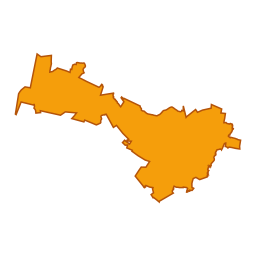 outline of Jocotitlán, México, Mexico
{"feature_id": "50627088B17395030274981", "entity_name": "Jocotitlán", "entity_type": "district", "adm_level": 2, "iso_a3": "MEX", "parent_name": "Mexico", "parent_adm1": "México", "projection": "robinson", "projection_center": [-99.823, 19.716], "detail": "fine", "context": "isolated", "style": "filled", "palette": "amber", "viewbox_px": 256, "rotation_deg": 0, "n_neighbors": 0, "source": "geoboundaries", "source_scale": "gbopen_adm2", "svg_char_len": 5744}
<svg xmlns="http://www.w3.org/2000/svg" viewBox="0 0 256 256"><path d="M51.4,55.4L41.0,56.7L40.6,56.5L37.1,54.0L30.3,87.8L25.0,86.9L21.3,89.9L19.6,92.1L18.6,93.8L18.0,97.8L15.4,114.1L16.1,114.6L21.1,102.0L33.8,105.1L34.1,103.9L34.5,106.3L34.0,108.2L35.2,109.5L35.6,110.7L35.9,113.1L40.6,112.6L40.3,110.7L60.5,115.2L65.3,111.9L76.5,112.9L74.4,115.7L71.8,118.6L83.9,121.9L84.7,120.1L91.1,122.7L96.3,124.9L97.4,124.5L100.4,123.1L100.8,122.4L100.7,121.1L100.9,120.1L101.4,119.3L101.6,118.9L101.5,118.3L101.3,117.7L100.9,117.0L100.9,116.6L101.0,116.2L101.2,115.9L101.7,115.4L102.0,115.3L103.5,114.9L104.6,114.9L104.9,114.9L105.0,114.4L106.2,114.2L113.4,127.4L116.5,125.4L122.9,133.4L128.7,139.2L127.0,140.2L127.8,141.0L131.3,141.2L129.6,144.0L126.1,141.5L124.6,140.2L122.5,142.6L122.9,143.0L125.2,145.2L127.6,145.0L126.8,147.9L132.3,150.3L131.9,151.2L137.9,155.6L145.1,160.0L149.6,161.5L145.9,167.2L141.2,167.1L138.7,170.7L135.2,176.1L142.9,185.7L144.1,187.5L144.4,187.7L144.7,187.6L145.0,186.3L145.6,186.7L146.0,185.5L149.7,187.1L153.0,187.6L152.9,188.1L152.5,188.7L153.5,192.8L151.1,194.6L153.1,197.8L153.6,197.5L156.7,199.9L159.2,202.0L159.3,201.3L159.9,200.9L173.3,193.1L172.3,192.0L172.4,190.6L172.7,190.1L173.5,189.6L173.2,188.8L173.7,188.3L173.5,187.4L174.0,186.5L174.1,186.2L176.2,187.2L178.1,187.3L179.4,187.6L183.2,187.6L183.3,187.1L186.5,187.5L187.6,188.4L186.7,191.2L186.9,191.3L186.7,192.1L187.4,192.0L187.3,191.8L187.2,191.4L187.6,191.6L187.8,191.3L187.9,191.2L188.4,191.2L188.5,190.7L188.9,190.5L188.8,191.2L189.7,191.2L189.8,191.1L189.5,190.5L189.6,190.3L190.4,190.3L191.6,190.4L192.1,190.4L193.8,188.4L193.7,188.2L192.0,187.6L191.9,185.3L191.9,184.1L191.8,183.9L192.0,183.0L192.2,182.0L192.6,180.6L192.7,180.3L193.2,178.6L193.3,178.5L195.9,177.4L199.7,179.6L207.0,177.0L207.2,176.9L207.2,176.6L207.7,176.3L207.8,176.1L207.6,175.8L207.3,175.6L207.4,175.4L207.4,175.1L207.5,175.0L207.8,175.0L207.7,174.6L207.6,174.1L207.9,174.2L207.7,173.9L207.6,173.7L207.8,173.5L207.4,173.4L207.4,173.1L207.9,172.8L208.1,172.3L207.8,172.1L208.1,171.8L208.1,171.4L208.4,171.1L208.3,170.9L208.2,170.7L208.3,170.5L208.6,170.4L208.4,170.2L208.1,170.1L208.0,169.7L207.7,169.6L207.7,169.2L208.0,168.3L208.2,168.2L208.2,167.9L208.4,167.8L208.4,167.7L208.7,167.6L208.8,167.4L208.7,167.0L209.0,167.3L209.3,166.9L209.1,166.6L209.1,166.2L209.4,166.2L209.3,165.6L209.7,165.8L210.1,166.0L210.3,166.1L210.6,166.7L210.8,166.0L211.1,165.6L211.2,165.3L211.0,164.3L211.2,163.7L213.7,160.9L214.2,160.1L214.3,159.8L214.3,159.0L214.2,158.4L214.0,158.1L213.9,157.8L213.9,157.2L214.5,155.9L214.8,155.8L215.1,155.2L215.3,154.9L215.5,154.7L215.7,155.0L215.9,154.8L215.6,154.3L215.7,153.8L215.4,153.6L215.4,153.1L215.7,153.1L215.6,152.7L215.9,151.8L215.9,151.6L216.1,151.5L216.4,150.8L216.6,150.7L216.7,150.3L216.9,150.1L216.9,149.9L217.2,149.7L218.8,149.5L220.0,149.0L220.3,149.2L220.6,149.1L221.3,149.5L221.5,149.9L222.4,148.3L224.3,143.7L225.1,143.2L225.6,143.0L225.8,143.0L225.7,144.1L225.4,146.3L225.3,146.5L226.3,146.7L226.7,146.9L227.3,147.5L227.9,148.0L229.1,147.1L231.7,147.5L235.7,148.4L239.0,148.9L239.8,149.0L239.6,146.2L240.6,140.2L237.8,139.6L237.4,139.3L237.2,139.3L236.9,139.0L235.7,138.7L235.2,138.4L233.8,138.1L232.7,137.8L230.2,137.2L230.2,137.6L229.9,137.5L229.9,137.2L229.1,136.9L228.9,136.6L228.4,136.3L228.4,135.9L228.6,135.5L229.0,135.2L229.8,135.0L229.8,134.9L229.6,134.7L230.0,134.6L230.1,133.9L230.3,133.4L230.7,133.2L231.2,132.7L231.3,132.1L231.6,131.8L231.9,131.7L232.0,130.9L232.2,130.6L232.3,129.8L232.5,129.6L232.7,129.2L232.9,129.1L233.1,129.2L233.3,128.6L233.0,128.5L232.8,128.2L232.6,128.3L232.5,128.6L232.3,128.6L232.2,128.2L232.3,127.2L232.5,126.7L232.4,126.5L232.7,125.8L232.6,125.7L232.3,125.6L232.1,125.2L232.4,124.5L232.3,124.4L232.0,124.4L231.8,123.9L231.4,124.0L231.0,123.9L230.7,123.6L230.3,123.5L230.0,123.6L229.4,124.1L228.1,123.7L226.7,123.4L226.0,122.5L224.6,122.7L223.9,122.7L224.1,120.9L224.6,118.8L225.4,113.5L220.9,113.0L221.7,109.0L211.4,104.5L211.1,108.2L202.5,110.1L197.5,112.3L195.6,109.5L186.4,116.9L186.1,117.3L183.3,105.9L183.2,110.8L181.8,110.4L181.5,111.2L181.0,111.6L180.5,111.7L180.2,111.7L178.6,111.3L177.8,111.1L176.9,110.3L175.2,109.2L173.5,107.9L172.0,107.0L171.6,107.0L170.8,107.2L169.6,107.7L166.8,109.6L165.4,110.2L164.0,110.4L163.4,110.7L162.4,111.5L162.1,112.2L161.6,112.6L161.4,112.9L160.7,113.5L160.3,114.0L159.6,114.5L157.7,115.4L157.0,115.8L156.5,115.8L154.8,115.4L154.1,115.3L153.6,115.2L152.8,114.8L151.7,114.7L149.3,114.2L148.1,114.0L147.5,113.7L146.7,113.4L144.3,111.3L143.8,111.0L142.8,111.0L142.1,110.7L141.4,110.2L141.4,108.8L141.4,108.7L141.2,108.3L140.8,107.9L140.4,107.4L140.1,106.4L140.1,106.0L124.1,98.4L123.8,98.9L121.6,97.0L121.1,97.8L123.9,101.8L120.7,106.8L119.9,105.9L118.3,103.6L117.3,102.9L117.3,102.2L117.0,101.6L116.7,101.4L116.5,101.2L116.3,101.2L116.1,100.9L116.1,100.5L115.9,100.4L115.4,99.9L115.3,99.5L115.1,99.5L115.1,99.3L114.8,99.2L114.6,99.3L113.4,97.8L113.3,97.7L113.4,97.4L113.6,97.4L113.7,97.1L113.7,96.8L113.2,96.2L113.0,94.4L113.6,93.8L113.5,93.1L100.5,95.2L103.1,86.9L102.8,86.6L102.8,86.4L102.9,86.1L102.4,85.5L102.1,85.6L101.9,85.5L102.0,85.3L102.4,85.3L102.4,85.2L102.0,85.3L101.8,85.2L102.1,84.7L101.9,84.4L101.7,84.3L100.5,86.0L100.3,86.2L99.8,86.8L99.0,87.3L86.9,81.6L78.8,77.5L79.1,77.1L82.2,73.6L82.8,73.5L84.1,72.8L83.6,72.0L83.5,71.5L83.1,69.8L83.1,69.3L84.0,67.9L85.1,67.0L85.4,66.2L85.3,65.3L84.5,63.5L84.2,63.1L83.8,63.0L82.6,63.2L81.0,63.0L80.1,63.1L79.0,62.8L77.3,62.5L76.5,62.7L76.2,64.5L74.7,64.2L72.8,65.0L72.1,67.3L71.7,69.5L70.5,69.2L70.0,72.4L66.3,70.9L57.3,68.0L56.5,68.9L55.7,69.5L54.5,70.1L52.6,71.5L49.8,72.1L50.0,70.2L50.2,69.8L50.5,67.6L50.8,66.5L51.4,63.7L51.2,61.7L51.4,55.4Z" fill="#f59e0b" stroke="#b45309" stroke-width="1.5"/></svg>